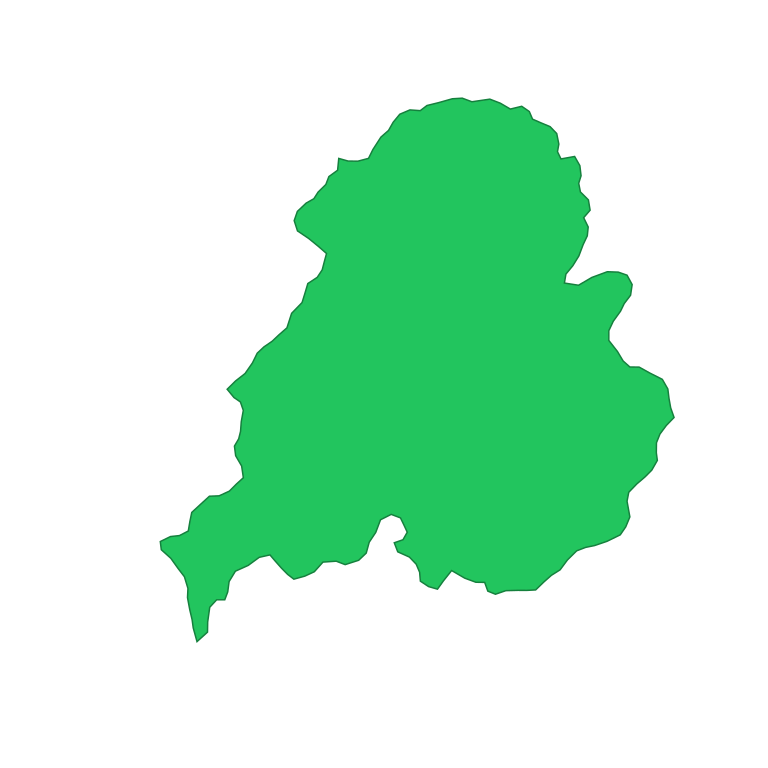 Perdigão, Minas Gerais, Brazil (Robinson projection), rotated 249°
{"feature_id": "56859067B61939852809090", "entity_name": "Perdigão", "entity_type": "district", "adm_level": 2, "iso_a3": "BRA", "parent_name": "Brazil", "parent_adm1": "Minas Gerais", "projection": "robinson", "projection_center": [-45.063, -19.922], "detail": "fine", "context": "isolated", "style": "filled", "palette": "green", "viewbox_px": 768, "rotation_deg": 249, "n_neighbors": 0, "source": "geoboundaries", "source_scale": "gbopen_adm2", "svg_char_len": 2511}
<svg xmlns="http://www.w3.org/2000/svg" viewBox="0 0 768 768"><g transform="rotate(249 384 384)"><path d="M158.5,550.5L164.0,558.5L171.8,565.9L187.5,568.9L195.2,573.7L200.1,584.2L203.8,594.6L207.6,603.1L214.7,611.8L222.2,613.6L231.5,617.3L238.4,623.7L244.1,632.7L248.8,642.8L259.0,643.1L268.4,644.9L277.6,647.2L288.6,645.5L299.2,635.9L308.3,628.3L311.8,619.6L319.8,615.5L330.7,613.6L344.1,609.5L353.2,613.0L360.4,620.5L367.2,630.9L373.0,637.1L378.5,646.0L387.9,651.3L398.5,649.9L404.5,642.8L408.8,632.7L409.0,616.2L406.5,601.0L413.6,588.6L421.4,593.2L426.7,602.6L433.7,611.8L442.8,619.9L449.5,626.9L457.4,630.9L467.7,630.0L472.4,638.7L482.6,640.8L492.9,636.2L501.6,637.7L507.8,642.6L517.6,645.1L528.1,643.5L530.7,629.9L538.7,629.2L545.3,633.2L555.9,635.0L564.7,631.3L571.7,624.0L578.0,617.6L586.3,617.3L593.9,612.1L595.4,600.5L604.5,593.2L612.0,584.9L616.0,567.2L622.8,559.5L625.8,550.0L627.1,535.8L628.6,523.9L626.2,515.8L630.6,506.4L630.2,495.4L625.1,486.4L619.1,479.1L615.6,469.6L606.9,457.7L600.2,450.4L601.4,439.4L605.0,430.4L610.8,422.6L600.2,417.3L597.4,406.9L591.1,401.2L586.8,391.3L582.1,384.9L580.8,376.2L576.2,365.0L568.7,358.7L557.9,358.1L546.9,365.8L535.9,372.1L526.4,377.1L520.4,372.7L512.7,367.2L507.5,359.9L505.1,348.9L496.9,342.6L489.4,336.7L483.1,323.1L471.2,313.5L467.7,303.9L464.0,294.9L461.7,285.3L458.2,276.7L450.8,268.7L443.6,258.1L440.0,246.4L435.3,235.7L425.1,239.1L418.7,243.5L409.8,243.2L399.9,237.2L391.2,233.1L384.9,228.7L379.6,222.1L370.2,219.8L358.4,221.7L346.9,219.1L343.5,210.4L339.4,201.2L338.7,190.0L341.8,180.8L337.5,169.8L333.0,158.5L325.2,153.5L316.9,148.6L315.8,138.7L318.1,130.0L317.1,118.7L309.1,116.7L297.7,122.5L285.4,125.7L275.6,128.6L263.4,127.7L255.0,124.0L243.1,121.8L232.8,120.4L224.7,118.5L210.5,117.1L215.6,130.3L225.0,134.1L238.0,141.3L242.5,150.4L239.6,158.0L245.9,163.6L255.1,168.6L262.5,178.2L263.3,192.2L266.9,205.4L265.3,216.3L257.9,218.9L248.8,222.3L240.8,225.8L234.1,229.9L233.0,241.2L233.7,251.7L239.6,263.2L235.7,275.9L229.3,283.0L228.5,297.2L232.5,306.8L241.6,313.5L248.4,323.1L258.5,332.1L259.7,344.0L253.1,351.4L244.8,352.1L237.3,352.6L231.8,345.9L232.1,336.7L222.4,336.7L213.3,345.7L204.2,349.5L195.5,349.8L186.9,347.3L178.9,353.0L173.3,360.4L178.9,368.9L185.6,380.3L173.8,389.8L166.0,398.7L162.7,406.9L153.4,406.7L147.8,412.7L147.4,423.7L143.4,435.0L140.2,443.2L137.4,451.8L141.8,462.1L145.4,471.7L147.4,481.8L154.0,492.2L159.2,504.1L159.2,513.7L157.7,522.7L157.2,535.8L158.5,550.5Z" fill="#22c55e" stroke="#15803d" stroke-width="1.5"/></g></svg>